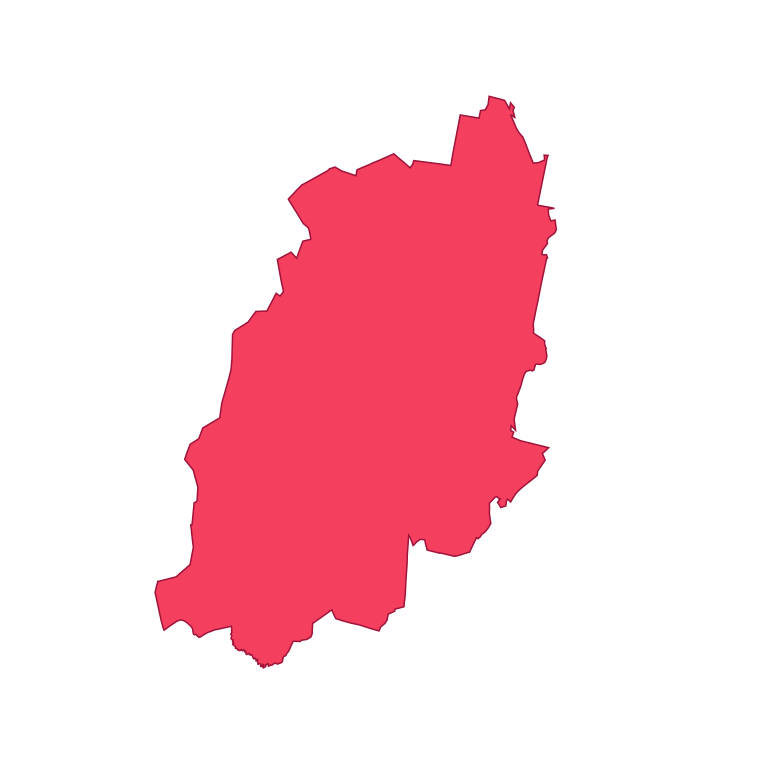 Dāviņu pag., Bauska, Latvia, rotated 104°
{"feature_id": "27541924B37051208002630", "entity_name": "Dāviņu pag.", "entity_type": "district", "adm_level": 2, "iso_a3": "LVA", "parent_name": "Latvia", "parent_adm1": "Bauska", "projection": "natural_earth1", "projection_center": [24.381, 56.504], "detail": "fine", "context": "isolated", "style": "filled", "palette": "rose", "viewbox_px": 768, "rotation_deg": 104, "n_neighbors": 0, "source": "geoboundaries", "source_scale": "gbopen_adm2", "svg_char_len": 6119}
<svg xmlns="http://www.w3.org/2000/svg" viewBox="0 0 768 768"><g transform="rotate(104 384 384)"><path d="M526.7,260.4L510.7,257.1L511.4,255.3L508.9,253.6L506.8,253.0L505.8,252.4L503.8,250.7L502.6,249.9L498.4,248.0L493.4,246.6L490.3,248.0L483.3,250.7L479.1,251.5L474.1,252.9L466.8,248.7L466.0,246.6L467.5,245.0L467.5,243.4L471.3,245.2L475.6,240.7L472.8,236.3L468.1,236.9L465.9,236.4L465.9,236.1L467.8,232.6L462.7,231.1L458.4,229.5L456.5,228.5L453.2,226.5L450.5,224.6L437.5,214.6L435.6,213.3L431.4,213.8L418.8,209.2L413.2,213.5L406.0,208.8L406.0,237.9L404.6,246.9L399.3,246.5L398.5,249.8L393.7,250.4L397.0,245.2L386.5,249.3L371.5,249.4L371.5,249.8L370.3,249.8L368.6,250.6L367.4,251.7L366.4,251.6L364.5,252.3L363.1,252.2L360.7,251.6L359.6,251.5L358.3,251.3L357.4,251.4L355.6,251.0L351.3,250.7L346.0,250.7L344.9,250.5L341.4,250.3L340.3,250.1L337.9,249.3L337.1,248.6L335.4,245.7L335.3,245.1L335.3,243.0L334.4,242.0L333.6,241.9L331.5,241.9L330.1,241.7L329.0,241.7L328.3,241.6L327.7,240.8L327.5,238.7L327.2,237.2L326.8,236.4L325.2,234.3L324.8,233.8L324.3,233.4L323.1,232.9L321.1,232.6L318.8,232.6L316.7,233.0L312.1,235.1L311.3,235.3L310.2,235.1L310.1,235.5L306.3,237.9L303.7,238.4L303.1,238.9L301.4,243.0L298.5,251.3L294.7,252.0L291.1,253.4L288.8,253.8L273.9,254.5L267.4,254.7L248.2,255.7L222.3,256.6L222.2,255.9L219.2,257.7L220.1,260.2L220.0,262.1L215.7,262.5L208.1,259.3L205.9,260.4L202.6,260.0L196.0,254.8L192.6,254.1L183.5,257.7L185.4,261.6L180.1,265.2L174.6,266.9L172.3,261.1L173.3,278.0L173.1,278.3L125.3,280.4L122.5,280.1L123.2,284.0L124.9,283.3L127.9,282.5L132.1,288.1L133.5,292.8L132.1,293.7L125.3,298.7L117.2,304.3L110.4,309.4L110.6,309.6L107.1,314.2L104.0,317.3L92.5,325.9L92.3,325.9L92.3,324.7L93.6,322.3L93.8,321.8L93.8,321.5L87.4,325.0L84.0,324.5L80.5,329.3L86.8,328.8L79.6,335.6L79.4,351.6L87.8,350.6L93.6,352.1L93.9,353.1L95.3,356.5L103.0,356.1L104.5,375.1L144.3,372.9L155.8,372.0L157.3,386.2L157.6,388.3L158.9,399.5L160.0,409.2L163.8,409.3L167.9,410.9L158.3,430.2L168.2,442.9L173.1,449.6L173.4,449.7L182.5,461.8L182.7,462.0L183.0,462.0L188.7,461.6L187.6,475.4L187.7,476.4L187.5,476.5L185.4,483.9L185.4,484.2L187.8,487.8L188.1,488.8L190.4,490.0L210.3,511.3L210.3,511.6L218.2,516.3L219.1,516.7L227.7,521.6L228.6,520.8L242.5,506.5L247.8,501.2L250.8,495.2L253.2,493.7L258.9,491.0L261.2,490.0L261.4,490.1L264.2,495.7L265.1,497.3L283.0,499.2L278.6,506.1L278.6,506.3L279.4,506.9L289.0,517.6L308.4,508.9L317.2,504.6L318.9,503.9L323.8,506.2L322.1,510.6L341.4,515.2L343.1,520.8L344.6,525.9L345.2,526.1L356.8,530.9L357.4,531.4L367.5,541.1L368.3,541.8L368.7,542.0L371.9,542.7L372.3,543.0L397.1,537.5L407.2,535.9L415.5,535.9L434.7,536.5L437.5,536.7L442.2,536.7L444.4,536.5L456.6,535.2L470.5,549.2L481.8,550.5L485.4,553.7L489.3,557.5L500.9,558.9L501.3,558.7L502.2,558.7L504.5,559.2L505.2,559.2L505.7,558.8L513.7,548.3L529.4,539.5L542.5,537.2L543.1,537.3L543.3,537.4L545.4,539.6L545.7,539.4L567.0,536.2L567.4,537.3L567.5,537.5L572.1,535.6L577.1,533.9L577.2,533.6L579.7,532.9L588.0,529.7L588.5,529.5L606.0,528.5L606.5,528.7L620.6,538.5L621.6,539.4L630.1,555.2L630.2,555.8L633.1,555.7L634.0,555.8L641.6,555.7L667.6,542.9L673.9,539.4L676.1,537.8L671.8,534.3L664.3,527.6L662.0,524.2L662.1,520.9L662.7,518.9L663.4,517.2L665.6,513.0L666.5,511.8L667.5,510.9L668.7,510.1L671.2,509.2L672.2,508.6L672.9,508.1L673.2,507.5L673.1,507.1L672.6,506.7L672.4,506.1L673.5,504.5L674.5,502.3L674.3,501.6L673.9,501.0L671.6,498.9L667.6,494.8L666.7,493.4L666.2,492.7L665.9,491.9L665.1,491.1L663.2,488.2L662.7,487.0L656.0,473.4L656.7,473.1L662.1,471.6L663.8,472.2L664.1,471.7L665.0,471.0L666.1,470.7L667.2,470.9L667.9,470.8L668.4,470.5L668.6,469.8L668.9,469.5L668.7,468.7L669.2,468.5L669.8,468.5L670.3,468.7L670.7,468.6L670.9,468.4L671.0,468.2L670.8,467.7L671.4,467.4L672.1,467.3L672.2,467.8L673.0,468.0L673.2,467.9L673.4,467.7L673.5,467.0L674.2,466.1L674.3,465.4L674.6,464.8L675.0,464.5L675.7,464.5L676.3,464.3L676.5,463.9L676.4,462.9L676.5,462.2L676.9,461.9L677.6,461.1L677.3,460.5L677.7,460.0L677.3,458.9L676.6,458.6L676.1,458.0L676.2,457.8L676.6,457.8L676.7,457.6L677.1,456.8L676.9,456.6L676.0,456.1L675.8,455.3L676.2,454.8L677.1,454.8L677.5,454.6L677.6,454.0L677.0,453.7L676.9,453.5L677.0,453.4L678.3,453.0L679.2,452.5L679.7,452.3L679.6,451.6L679.0,451.0L678.4,450.2L678.1,449.9L678.1,449.7L678.3,449.4L678.9,449.3L679.1,449.2L679.0,448.8L679.4,448.2L678.7,447.5L678.5,447.2L678.6,446.9L679.2,446.5L679.4,446.1L680.3,445.4L680.7,445.3L681.1,444.8L682.2,444.1L682.3,443.9L682.1,443.4L681.6,443.1L681.2,442.4L681.5,442.0L682.6,441.5L683.5,441.2L683.3,440.9L682.6,440.8L681.8,440.2L681.9,439.9L682.9,439.9L683.3,439.8L684.1,439.7L685.6,438.7L686.3,438.6L686.4,438.4L686.4,438.0L685.8,437.8L685.7,437.5L685.5,436.9L685.6,435.5L685.8,435.4L686.8,435.6L687.8,435.4L687.9,435.2L687.6,434.6L687.6,434.2L687.1,433.7L686.2,433.4L685.4,433.3L685.3,433.1L685.4,432.8L685.8,432.7L688.2,433.0L688.5,432.7L688.6,432.4L688.4,432.0L687.5,431.4L687.2,430.8L686.8,430.5L685.6,430.5L685.2,430.8L684.9,430.7L684.4,429.8L683.6,429.5L683.5,429.3L683.6,429.0L683.5,428.6L684.2,428.1L685.4,428.2L685.7,427.9L685.4,427.6L684.9,426.5L684.3,426.3L684.1,426.1L684.1,425.2L683.8,424.6L683.2,424.0L682.7,423.8L682.5,423.5L682.3,423.4L681.1,422.2L681.5,420.3L681.5,419.7L680.7,418.2L680.4,418.0L679.9,417.1L678.9,415.9L677.7,415.4L676.8,415.5L676.4,415.7L676.0,415.5L675.5,415.8L674.8,415.6L673.2,415.6L672.8,415.5L672.3,415.1L671.8,414.0L670.5,413.4L669.2,413.1L668.1,412.8L666.9,412.0L655.6,409.9L654.1,402.9L652.8,402.4L650.4,396.9L647.0,393.7L644.4,393.3L642.7,393.5L633.6,395.3L615.8,380.0L620.0,376.8L623.3,374.0L623.8,366.1L624.0,358.1L623.7,350.3L624.6,335.7L624.8,329.1L620.5,328.4L620.2,328.3L616.2,325.2L612.4,323.9L609.8,324.1L606.3,324.2L601.8,318.7L599.9,319.0L595.3,310.7L590.1,311.6L589.8,311.5L582.8,312.5L568.2,315.4L552.9,318.1L544.4,320.0L524.9,323.4L526.7,321.4L533.7,316.7L533.1,316.2L528.8,313.8L525.9,311.1L525.3,306.8L528.9,305.1L529.8,304.5L534.6,302.0L534.7,301.7L534.7,289.1L534.4,289.0L534.2,284.1L534.2,275.0L534.1,274.2L533.7,272.8L532.9,271.2L527.0,261.4L526.7,260.6L526.7,260.4Z" fill="#f43f5e" stroke="#9f1239" stroke-width="1.5"/></g></svg>